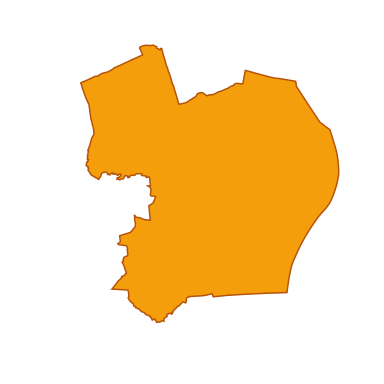 Olanu, Vâlcea, Romania, rotated 196°
{"feature_id": "2599482B48279356491922", "entity_name": "Olanu", "entity_type": "district", "adm_level": 2, "iso_a3": "ROU", "parent_name": "Romania", "parent_adm1": "Vâlcea", "projection": "orthographic", "projection_center": [24.283, 44.872], "detail": "fine", "context": "isolated", "style": "filled", "palette": "amber", "viewbox_px": 384, "rotation_deg": 196, "n_neighbors": 0, "source": "geoboundaries", "source_scale": "gbopen_adm2", "svg_char_len": 5942}
<svg xmlns="http://www.w3.org/2000/svg" viewBox="0 0 384 384"><g transform="rotate(196 192 192)"><path d="M264.4,320.4L265.7,320.6L265.8,320.8L265.9,321.7L266.1,321.9L267.6,322.0L268.9,322.4L270.3,322.3L270.6,322.2L271.4,321.7L273.1,321.0L274.1,321.1L275.8,320.5L277.4,320.2L278.3,319.4L279.4,319.1L281.1,317.6L282.0,317.0L282.1,316.5L282.0,315.9L277.4,310.5L277.3,310.3L277.4,310.0L281.3,306.8L282.2,305.9L282.6,305.6L282.9,305.2L283.2,305.2L283.7,304.7L285.0,303.7L289.6,299.6L294.8,295.1L295.4,294.5L296.2,293.8L298.3,292.3L299.5,291.0L300.1,290.7L300.6,290.1L301.2,289.8L301.6,288.8L302.0,288.2L303.0,287.3L303.8,286.4L305.3,284.8L307.0,283.6L310.6,281.6L313.0,279.5L314.2,277.7L315.4,277.0L317.2,276.4L320.0,273.8L321.2,272.9L322.4,271.7L326.3,268.5L328.0,267.2L329.0,266.2L328.6,265.4L328.4,265.3L327.8,264.7L326.0,261.6L319.7,252.8L316.9,249.6L315.6,248.3L315.0,247.4L313.9,244.8L309.7,235.3L309.0,234.0L307.4,231.4L306.1,228.8L305.0,227.4L302.9,222.7L302.3,221.0L302.2,220.2L302.3,219.6L302.8,218.1L303.1,216.9L303.1,216.4L303.3,215.6L303.1,209.3L303.6,203.2L302.9,203.1L302.7,200.8L302.5,199.2L302.4,197.4L302.3,197.2L302.0,197.2L301.6,194.6L300.4,194.5L300.4,193.4L300.9,193.0L300.8,192.0L300.8,191.8L301.4,191.5L301.0,188.2L300.6,188.1L300.2,188.1L299.6,187.8L298.6,187.6L298.6,187.4L298.8,186.9L298.7,186.7L297.7,185.9L297.9,185.6L298.1,184.6L295.9,182.7L295.4,182.1L294.8,181.8L293.5,180.5L285.1,178.4L284.8,179.3L284.9,179.6L284.8,180.7L284.2,181.1L284.1,182.0L284.2,183.6L283.9,184.9L283.6,185.5L282.3,186.7L282.0,186.6L281.7,186.6L280.5,187.4L279.9,187.5L278.7,187.0L278.5,186.8L278.2,185.9L277.6,185.5L277.4,185.0L277.5,185.8L277.4,186.2L276.0,185.8L275.5,185.9L275.4,186.0L275.4,187.0L273.6,188.5L273.5,188.1L273.5,187.6L272.2,187.6L271.5,187.7L271.4,188.1L270.7,188.4L270.2,188.4L269.1,187.7L268.4,187.6L268.0,187.8L267.7,187.8L267.4,189.0L267.2,189.0L265.2,189.4L265.1,187.7L265.8,187.1L265.9,186.9L266.1,185.9L266.4,185.7L267.7,185.3L267.7,183.6L266.5,184.1L265.1,183.7L264.8,183.8L264.4,184.1L263.8,184.9L263.3,185.2L261.6,185.8L261.0,188.9L260.6,189.4L257.8,189.5L257.8,188.3L257.3,188.3L257.1,189.1L256.7,188.8L256.4,188.8L256.1,188.9L255.6,191.0L253.7,191.8L251.9,192.1L251.3,192.7L251.0,193.2L250.8,194.0L250.7,194.2L249.9,194.5L245.2,195.5L244.9,194.1L240.5,194.6L240.3,193.6L239.2,193.4L238.8,193.7L238.8,194.2L237.4,194.7L237.0,194.4L236.4,193.5L233.7,186.5L236.2,185.7L235.7,185.5L234.8,185.5L234.2,185.2L233.5,184.8L232.7,184.0L231.9,182.8L231.8,181.0L231.6,180.2L231.5,179.2L231.2,177.6L230.5,177.2L229.9,176.9L229.6,176.9L229.2,177.0L228.4,177.4L227.5,177.6L226.7,177.6L226.1,177.5L225.5,177.2L225.9,176.2L225.8,175.4L226.0,174.4L226.1,173.5L226.3,172.4L226.3,172.0L226.1,171.6L226.3,170.9L228.0,168.7L229.7,167.0L224.4,153.4L228.7,152.5L232.1,152.4L233.2,152.7L234.5,153.0L237.5,152.5L238.5,152.4L239.0,152.5L239.7,153.2L240.7,153.7L240.9,153.7L239.7,150.7L239.6,149.7L237.6,146.0L237.1,143.6L237.2,142.6L237.7,141.6L239.2,138.0L239.9,136.7L240.3,136.0L249.5,130.1L247.2,124.4L247.4,123.9L249.1,121.9L248.2,121.2L247.6,121.2L246.1,121.5L239.9,122.2L238.1,119.5L238.5,119.0L236.3,113.8L236.8,112.7L237.1,112.2L237.9,111.8L238.7,111.1L239.4,110.6L239.4,108.7L239.5,108.4L239.7,108.2L238.9,106.7L239.1,106.1L239.3,105.7L239.8,105.4L236.8,101.9L236.2,101.1L235.8,100.3L232.8,96.2L233.1,96.0L233.3,95.7L233.2,95.3L233.4,94.8L234.2,93.1L236.4,91.2L235.9,90.3L238.3,86.2L240.0,81.9L242.2,76.6L226.7,80.1L226.5,79.7L226.0,79.2L225.2,77.7L224.6,76.1L224.1,74.6L224.0,74.0L224.2,72.8L224.1,72.6L222.0,70.3L220.5,69.6L219.9,69.1L219.2,69.0L217.7,68.3L217.2,67.7L216.8,66.8L216.4,66.4L215.6,66.1L215.1,66.2L214.8,66.2L214.7,66.1L214.5,65.6L214.2,65.3L213.6,65.5L212.9,65.1L212.0,64.9L211.3,65.0L210.8,64.9L210.0,64.6L209.5,64.2L208.7,63.8L208.3,63.4L207.3,63.0L205.8,63.1L204.3,62.8L203.8,62.5L203.5,62.0L203.1,61.7L201.9,61.5L199.2,61.2L198.7,61.1L198.2,61.3L198.0,61.1L197.9,60.7L197.6,60.2L197.1,60.2L196.4,59.9L196.3,59.7L196.3,59.4L195.7,58.7L195.4,58.7L194.9,58.0L193.7,58.8L192.9,59.7L190.0,57.0L189.1,57.4L188.5,57.9L187.9,57.9L187.6,58.1L187.1,58.0L186.4,58.7L185.9,59.5L184.8,60.1L183.8,60.0L183.4,59.9L183.4,60.3L183.7,61.2L183.9,62.2L183.8,63.0L181.6,65.5L181.8,65.8L182.3,66.3L182.3,67.3L180.1,69.3L179.4,69.1L178.9,69.2L177.6,69.1L177.5,69.5L177.6,69.8L178.1,70.3L177.9,70.7L177.4,70.8L177.2,71.0L177.2,72.2L177.1,73.1L175.6,75.4L175.2,76.1L174.6,77.7L174.1,78.2L173.5,78.5L173.0,79.1L171.0,83.2L170.0,83.9L169.6,83.9L169.0,83.7L167.5,83.7L167.4,84.1L167.4,85.8L167.5,86.2L168.0,87.7L168.0,88.1L167.9,88.8L166.8,89.8L165.0,91.0L158.5,93.3L152.7,95.4L149.7,96.8L144.7,99.9L142.7,97.1L130.6,102.0L116.0,107.2L93.8,114.8L73.0,121.5L74.2,129.6L75.1,136.5L75.6,142.5L75.9,147.2L75.8,149.9L75.7,152.4L73.9,165.3L72.9,170.9L71.5,177.6L69.8,184.1L68.2,189.6L65.0,199.4L63.7,203.0L62.3,206.1L59.6,211.6L58.6,213.8L57.5,216.7L56.6,219.6L55.9,223.3L55.4,227.3L55.0,233.7L55.0,238.7L55.1,242.0L55.4,245.3L55.7,248.1L56.2,250.6L56.9,253.1L57.8,255.8L59.4,260.0L60.8,263.6L63.0,268.3L65.4,272.6L72.5,283.8L76.6,289.8L88.2,294.3L102.9,306.8L120.7,322.3L122.9,327.0L139.7,325.1L143.6,324.3L148.9,324.0L165.2,323.7L170.6,323.7L174.2,323.6L174.1,322.3L173.0,310.0L174.3,309.6L178.0,309.0L179.8,308.4L180.6,307.7L181.2,306.8L181.5,305.9L184.1,304.0L184.7,303.3L185.3,302.4L190.5,298.1L192.5,296.3L193.2,296.3L195.1,294.7L197.0,292.8L199.2,291.0L200.4,291.0L201.9,290.0L202.7,289.9L203.3,289.6L203.7,288.9L204.2,288.7L204.7,288.7L205.3,288.8L206.3,289.4L209.4,290.3L210.9,289.9L212.1,289.4L212.3,288.8L213.8,288.1L214.7,284.8L215.0,284.4L219.1,280.0L222.5,276.1L228.5,272.8L228.8,273.1L229.0,273.1L239.0,288.8L240.3,290.2L241.8,292.4L243.2,294.8L246.1,299.2L248.0,301.6L249.8,304.4L252.0,307.3L254.6,311.6L257.2,315.6L257.6,316.0L258.1,317.2L260.7,321.6L261.2,321.6L261.6,321.3L261.8,320.7L261.8,320.1L262.0,319.9L262.9,319.9L263.5,320.3L264.0,320.5L264.4,320.4Z" fill="#f59e0b" stroke="#b45309" stroke-width="1.5"/></g></svg>